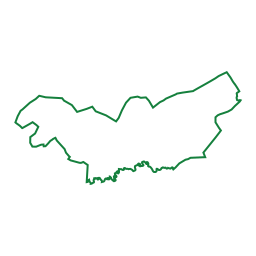 Taura, Jigawa, Nigeria
{"feature_id": "59680162B96971531554224", "entity_name": "Taura", "entity_type": "district", "adm_level": 2, "iso_a3": "NGA", "parent_name": "Nigeria", "parent_adm1": "Jigawa", "projection": "orthographic", "projection_center": [9.372, 12.271], "detail": "fine", "context": "isolated", "style": "outline", "palette": "green", "viewbox_px": 256, "rotation_deg": 0, "n_neighbors": 0, "source": "geoboundaries", "source_scale": "gbopen_adm2", "svg_char_len": 4883}
<svg xmlns="http://www.w3.org/2000/svg" viewBox="0 0 256 256"><path d="M116.3,177.0L116.5,176.5L116.2,175.8L116.0,175.5L115.6,175.3L115.3,174.8L115.0,174.4L114.9,173.9L114.9,173.4L115.3,173.2L115.8,173.1L116.1,172.7L116.4,172.3L116.8,171.7L117.2,171.4L117.6,171.2L118.1,171.3L118.5,171.4L118.6,171.8L118.3,172.0L118.0,172.3L117.6,172.7L117.7,173.2L118.1,173.4L118.4,173.0L118.8,172.8L119.0,172.3L119.0,171.6L119.0,171.2L118.9,169.9L118.9,169.0L119.7,169.1L120.3,169.2L121.1,169.1L121.6,169.4L122.3,169.8L123.0,170.0L123.5,169.9L123.9,169.6L124.1,169.1L123.9,168.4L124.2,168.1L124.8,168.0L125.5,168.4L126.1,168.9L126.7,168.9L127.7,168.8L128.6,169.2L129.1,169.0L130.4,168.9L131.4,169.4L132.2,169.9L132.8,170.6L133.1,171.0L133.3,171.1L133.6,171.1L134.1,170.8L134.9,170.5L135.3,170.2L135.4,169.8L135.5,169.4L135.2,168.4L134.9,167.5L134.9,166.9L135.0,166.2L136.0,165.6L137.2,165.1L138.1,164.0L138.5,163.6L138.9,163.7L139.6,163.8L140.1,164.2L140.0,164.7L139.4,164.9L139.2,165.2L139.0,165.6L139.6,166.0L140.1,166.3L140.8,166.1L141.3,166.0L142.0,166.0L142.6,165.9L143.1,165.7L143.4,165.4L143.3,164.9L143.1,164.5L142.7,164.2L142.4,163.7L142.2,163.3L142.1,162.7L142.0,162.3L142.3,162.0L142.6,161.9L142.8,162.0L143.1,161.8L143.4,161.5L144.1,161.5L144.4,161.8L145.1,162.2L145.7,162.8L145.8,163.3L146.2,163.7L146.5,164.0L147.0,164.0L147.1,163.7L146.8,163.3L146.5,162.8L146.7,162.4L146.9,162.1L147.5,162.2L147.8,162.6L147.8,163.0L148.1,163.1L148.3,163.5L148.3,164.1L148.2,164.8L148.1,165.4L148.1,166.0L148.6,166.5L149.3,166.5L150.0,166.8L150.7,167.4L151.3,168.1L152.0,169.1L152.4,169.8L152.7,170.7L153.2,171.3L153.8,171.9L154.7,172.0L155.4,172.0L156.0,171.7L156.4,171.3L156.6,170.7L156.6,170.0L156.6,169.6L156.5,169.1L156.8,168.8L157.4,168.9L158.2,169.5L158.6,169.9L159.3,170.0L160.2,169.8L160.8,169.4L161.2,168.7L161.6,168.0L162.1,167.8L162.5,167.8L162.9,167.4L163.6,167.6L164.2,167.9L164.5,167.9L165.2,167.6L165.7,167.7L166.2,168.3L166.7,168.6L167.5,168.4L167.9,168.1L168.0,167.9L168.5,168.1L169.4,168.3L169.9,168.5L170.2,168.6L170.8,168.4L171.1,168.0L171.6,167.7L172.0,167.4L172.5,167.4L172.9,167.8L172.9,168.7L173.3,169.4L175.5,167.5L179.3,163.4L185.5,159.7L188.1,159.1L190.5,157.8L202.2,157.3L205.2,157.2L203.4,152.6L215.7,137.3L219.4,132.5L220.9,130.5L219.0,127.9L215.5,122.3L215.5,117.3L217.7,115.3L220.1,114.2L222.7,113.4L227.9,111.6L231.6,109.5L234.9,106.0L239.7,101.6L240.6,100.3L240.3,100.2L239.9,100.1L239.7,100.1L239.2,100.3L238.3,100.4L238.0,100.4L237.3,100.2L237.1,100.1L237.0,99.6L236.8,99.0L236.8,98.8L236.7,98.3L236.6,98.0L236.6,97.7L236.7,97.4L236.7,97.1L236.8,96.8L237.0,96.5L237.1,96.4L236.9,94.5L236.7,93.4L236.9,93.0L238.4,92.0L239.3,91.3L237.1,87.6L234.8,84.1L234.7,84.1L232.9,81.6L230.5,77.5L226.7,72.2L222.5,74.2L218.6,76.1L215.4,78.3L210.8,81.0L206.6,83.4L198.2,88.1L194.0,90.5L193.1,91.1L182.6,92.6L177.0,93.6L175.7,94.4L166.0,98.6L163.6,100.4L160.0,102.1L153.0,107.6L148.9,100.7L145.9,97.4L140.8,97.8L137.6,96.6L130.5,97.8L126.0,102.7L121.9,110.4L118.7,117.9L116.1,121.4L114.2,120.3L106.1,115.4L95.7,111.3L92.3,106.7L86.6,108.9L77.1,111.9L71.9,105.1L64.7,101.0L64.2,100.8L62.1,98.2L45.7,97.3L39.3,95.8L39.2,95.8L35.7,99.0L29.9,102.7L22.5,109.4L20.6,110.8L17.7,116.2L15.4,122.4L16.3,123.2L19.9,125.8L22.2,128.1L22.3,128.1L30.1,123.7L32.6,122.2L36.5,125.1L38.3,126.8L35.1,133.5L30.3,137.1L30.2,142.8L32.4,146.6L36.1,146.7L41.1,144.7L43.5,144.5L43.7,146.3L45.5,146.2L48.0,143.6L50.3,140.9L51.9,139.9L53.0,139.0L54.9,138.0L55.4,137.8L56.2,139.3L56.7,140.4L64.6,149.1L66.0,152.7L69.1,156.3L69.8,156.9L68.3,159.0L70.7,160.4L78.8,162.6L80.2,162.9L81.7,162.7L82.6,162.2L83.4,162.0L84.2,162.6L87.7,165.0L86.7,182.1L87.7,181.9L88.2,181.0L88.6,180.0L89.1,179.7L89.3,180.6L89.5,181.6L90.8,183.0L90.7,183.8L91.5,183.7L92.1,183.4L92.9,182.8L93.6,182.6L94.0,182.1L94.0,181.8L93.9,181.5L93.7,180.9L93.6,180.3L93.7,179.8L93.9,179.4L94.3,179.1L94.7,179.1L94.8,178.9L94.7,178.5L94.3,178.6L94.2,178.3L94.5,178.2L95.0,178.3L95.4,178.1L96.0,178.3L96.6,178.2L96.9,178.3L97.1,178.8L97.4,179.2L97.8,179.5L98.3,179.4L98.7,179.0L98.8,178.6L98.8,178.2L98.6,177.9L99.1,177.8L99.6,178.0L100.1,178.4L100.4,179.1L101.0,180.0L101.4,180.2L101.8,180.7L102.0,181.3L101.9,182.0L102.6,181.8L103.5,181.6L104.0,181.3L104.5,180.6L104.7,179.9L105.0,179.2L105.3,178.8L105.8,178.5L106.4,178.6L106.8,179.1L107.2,179.1L107.6,178.7L107.1,178.3L107.5,178.1L108.1,178.0L108.7,178.4L109.1,178.9L109.0,179.0L108.9,179.3L109.1,179.3L109.4,179.1L109.5,178.9L109.6,178.3L109.7,177.7L109.8,177.1L109.8,176.6L110.1,176.7L110.4,177.1L111.0,177.7L111.2,178.4L111.6,179.2L112.0,179.6L112.2,179.8L112.8,180.4L113.5,180.9L113.9,181.2L114.4,181.1L114.8,180.8L115.3,180.7L115.6,180.3L115.6,179.9L115.5,179.7L115.3,179.4L114.6,179.1L114.1,178.8L114.3,178.0L114.1,177.5L113.9,177.0L113.9,176.5L114.3,176.0L114.6,175.7L115.0,176.4L115.2,176.7L115.3,177.2L115.6,177.4L116.3,177.0Z" fill="none" stroke="#15803d" stroke-width="2"/></svg>